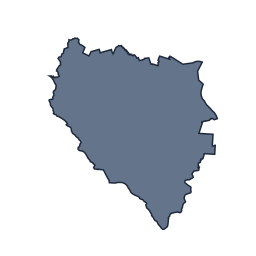 Upper Hutt City, Wellington, New Zealand (orthographic projection), rotated 108°
{"feature_id": "76426892B70069822471948", "entity_name": "Upper Hutt City", "entity_type": "district", "adm_level": 2, "iso_a3": "NZL", "parent_name": "New Zealand", "parent_adm1": "Wellington", "projection": "orthographic", "projection_center": [175.164, -41.088], "detail": "fine", "context": "isolated", "style": "filled", "palette": "slate", "viewbox_px": 256, "rotation_deg": 108, "n_neighbors": 0, "source": "geoboundaries", "source_scale": "gbopen_adm2", "svg_char_len": 5701}
<svg xmlns="http://www.w3.org/2000/svg" viewBox="0 0 256 256"><g transform="rotate(108 128 128)"><path d="M191.4,51.5L190.0,51.4L188.6,52.0L187.0,51.7L183.9,52.1L182.4,51.7L181.2,50.8L180.4,50.5L177.9,52.7L176.5,53.1L175.2,53.1L174.2,53.0L173.3,52.4L172.9,52.0L170.8,49.1L170.2,48.4L169.2,48.3L166.8,49.5L165.4,49.6L164.9,49.9L164.5,50.6L163.9,53.1L162.5,56.8L161.9,57.4L160.4,57.4L159.8,57.2L159.6,56.9L159.4,56.1L158.7,55.2L158.8,55.0L158.0,53.2L157.7,53.0L157.3,53.0L155.9,51.5L154.7,50.7L153.3,51.7L152.3,52.8L150.6,52.8L150.2,52.5L149.3,52.2L148.2,51.6L148.0,50.8L146.6,48.0L146.2,47.9L146.0,47.7L145.0,47.9L144.8,48.3L144.0,48.0L143.5,48.0L144.0,49.2L143.7,49.4L142.6,48.9L142.4,49.2L142.0,49.2L141.8,49.7L141.6,49.9L140.4,50.0L140.0,50.1L139.8,49.8L139.1,49.7L138.8,49.1L138.3,48.7L137.5,48.7L137.2,49.1L136.8,49.1L136.4,49.0L136.4,48.6L136.1,48.6L135.8,49.0L135.6,48.9L135.1,49.1L134.6,48.4L134.4,48.1L134.5,47.8L134.0,47.8L133.9,47.6L134.0,47.4L133.9,47.3L129.6,47.4L129.4,47.6L129.2,47.4L128.8,47.4L126.2,37.4L117.5,39.7L117.5,39.9L118.6,41.0L118.9,42.3L107.7,45.2L111.2,58.9L99.4,58.9L99.4,59.1L99.7,59.5L99.1,59.6L99.0,58.9L97.9,57.5L97.8,56.9L97.3,56.6L97.4,56.3L95.8,53.4L95.5,53.0L95.2,53.0L94.7,52.6L94.3,52.6L94.3,52.4L93.7,52.3L93.4,51.9L93.5,51.5L92.8,51.1L93.5,48.6L91.5,45.9L88.6,48.3L87.4,49.8L86.7,50.7L85.3,53.7L84.0,55.7L81.8,60.2L80.7,61.7L78.5,63.9L77.6,65.7L77.0,66.5L75.3,67.9L72.6,69.3L70.5,69.9L65.2,70.1L63.1,70.0L60.6,75.6L52.4,79.4L42.4,77.7L42.4,79.1L42.5,80.6L43.3,83.0L44.4,84.8L46.0,86.4L50.4,95.5L46.7,110.1L47.0,110.5L47.7,110.7L47.5,110.2L48.0,110.2L48.0,110.8L48.6,111.0L48.5,110.7L48.9,110.8L49.2,109.9L49.7,109.6L49.7,110.0L49.8,110.0L49.8,120.0L51.7,120.3L54.2,120.4L54.7,120.0L54.9,119.3L55.7,119.1L56.0,119.1L56.5,119.6L57.3,119.4L59.0,118.7L59.5,118.7L59.5,123.5L59.7,123.9L59.6,124.5L60.0,124.6L59.8,125.1L59.8,125.5L60.1,126.0L54.9,129.9L56.7,133.9L57.6,133.8L59.1,135.8L60.3,138.1L57.9,139.9L58.9,141.2L58.2,141.7L56.7,144.0L56.6,144.3L56.5,144.9L57.8,145.5L57.6,147.2L57.1,147.2L57.3,147.6L57.0,147.9L57.3,148.2L57.1,148.4L57.1,149.0L57.6,148.9L57.6,149.2L57.4,149.3L57.9,149.6L57.6,149.9L57.5,150.3L57.5,150.6L57.4,150.9L57.3,151.2L56.9,151.0L56.6,151.2L56.2,151.0L56.1,151.4L56.2,151.6L55.7,152.1L55.7,152.3L55.9,152.4L55.7,152.9L55.0,153.2L54.8,153.1L54.5,153.5L54.4,154.0L54.8,153.8L55.3,153.9L55.0,154.9L54.4,155.1L54.3,155.4L53.5,156.0L53.6,156.3L53.4,156.5L53.4,156.8L53.7,156.9L53.7,157.2L53.0,157.4L53.1,157.6L53.0,158.0L52.8,158.1L52.7,158.6L52.5,158.8L52.6,159.0L52.0,159.3L51.6,159.7L52.4,160.9L52.5,161.8L52.4,162.2L53.0,162.5L55.1,164.3L62.1,165.1L60.6,166.7L58.5,168.0L59.1,168.9L59.4,168.7L59.8,169.6L59.8,170.0L65.1,177.7L62.1,179.7L66.8,186.7L71.5,187.4L70.5,194.3L64.7,193.9L63.6,197.0L63.5,198.7L63.1,200.2L61.9,201.1L61.9,201.5L59.3,201.9L58.3,204.0L58.8,204.7L58.8,206.1L58.9,206.4L59.6,206.8L60.0,207.2L60.1,207.9L61.4,208.7L61.8,209.2L62.1,209.9L62.3,210.7L62.3,211.1L62.5,210.9L63.1,211.2L64.4,211.1L65.8,211.5L66.4,211.3L66.4,211.2L67.6,210.9L68.3,210.5L69.6,210.1L70.2,210.1L70.6,210.9L71.7,212.0L72.1,212.7L72.5,213.1L73.5,212.7L74.0,213.1L76.8,212.6L78.0,213.7L79.7,213.8L80.4,213.6L80.8,213.7L81.1,213.8L82.0,215.6L83.4,216.0L83.6,215.8L84.1,215.0L84.4,214.8L84.5,214.5L86.3,212.4L87.0,212.5L88.1,211.8L89.1,211.7L89.7,212.5L94.7,213.9L95.2,213.5L95.8,213.6L96.0,212.7L96.5,211.7L97.1,211.7L97.7,211.1L98.9,210.8L98.9,210.5L99.6,209.5L100.3,209.5L101.3,210.6L101.6,211.6L101.9,211.7L102.1,212.8L102.6,213.2L102.9,213.2L103.0,213.5L102.7,214.3L102.1,214.6L101.9,214.9L102.6,215.5L102.5,216.2L102.2,216.5L102.2,217.0L102.8,218.6L102.9,218.0L103.5,216.6L103.9,215.8L105.7,213.5L108.1,211.4L109.6,209.5L112.8,208.9L113.9,208.9L115.6,209.9L116.8,210.2L117.3,210.0L119.3,208.7L120.1,208.6L121.1,209.0L121.6,209.0L122.7,208.8L123.4,208.5L123.8,208.5L124.1,208.6L124.6,210.2L125.4,211.5L126.2,211.6L126.9,211.1L127.4,210.4L128.5,209.5L130.3,208.8L131.2,207.7L132.4,205.8L133.0,205.1L134.5,204.7L135.5,203.7L136.3,203.4L137.2,203.5L137.4,203.3L137.6,202.7L137.7,200.6L137.8,200.2L138.4,199.6L138.6,199.2L138.5,197.9L138.8,196.3L139.5,193.3L140.4,190.4L141.8,188.0L142.5,186.9L143.1,187.1L143.8,187.8L144.2,187.6L144.6,186.5L145.0,183.4L145.7,182.2L146.2,181.7L148.1,181.0L150.0,179.2L150.5,178.2L150.7,176.9L152.4,174.3L153.0,172.3L154.2,170.9L154.8,169.6L155.7,168.5L156.2,168.2L156.7,168.2L158.2,168.7L159.1,168.5L159.9,168.6L160.7,168.4L161.7,169.3L162.2,169.4L163.5,168.9L163.9,168.5L164.2,167.9L164.4,167.0L164.3,165.8L164.1,165.0L164.1,164.0L164.4,162.6L164.7,161.8L165.9,160.0L169.0,156.7L170.5,154.3L171.7,153.4L171.7,151.0L172.5,150.4L173.5,147.9L176.0,148.5L177.3,147.4L177.4,147.0L176.9,146.0L176.9,144.4L176.7,144.3L176.7,143.6L176.4,143.5L176.1,142.7L176.2,141.9L175.4,138.8L175.8,138.1L181.4,132.4L183.6,129.9L185.8,128.8L184.6,124.1L184.1,122.8L183.0,121.0L181.8,117.3L181.7,116.5L181.8,114.1L182.4,112.4L183.2,110.9L185.1,109.0L186.2,107.4L188.2,105.4L188.7,104.5L189.2,103.3L189.7,100.7L189.9,98.2L190.2,96.5L190.6,95.6L191.4,95.0L191.6,94.5L191.7,93.4L191.5,92.1L191.7,91.6L192.9,89.9L193.2,87.9L193.5,87.5L194.4,87.0L194.8,87.0L195.6,87.3L195.8,87.2L196.5,86.6L197.9,85.8L198.2,85.4L198.6,84.9L199.0,83.5L200.4,81.5L201.2,80.8L202.7,78.9L204.1,78.4L205.0,76.7L207.2,74.4L207.7,73.4L207.8,72.3L208.2,71.4L210.3,69.4L211.6,67.1L212.5,66.0L213.6,63.8L213.6,63.4L212.9,62.2L210.2,60.4L209.1,60.0L208.2,60.3L207.6,60.2L204.7,60.8L202.7,61.3L201.6,61.3L201.2,61.8L200.6,61.9L200.1,61.8L199.7,61.4L199.3,61.2L196.5,61.3L196.2,60.9L195.9,60.3L195.2,59.8L194.7,58.6L194.1,57.9L193.5,56.5L192.8,55.5L192.5,54.8L192.7,53.9L192.4,53.3L192.5,52.4L191.4,51.5Z" fill="#64748b" stroke="#1e293b" stroke-width="1.5"/></g></svg>